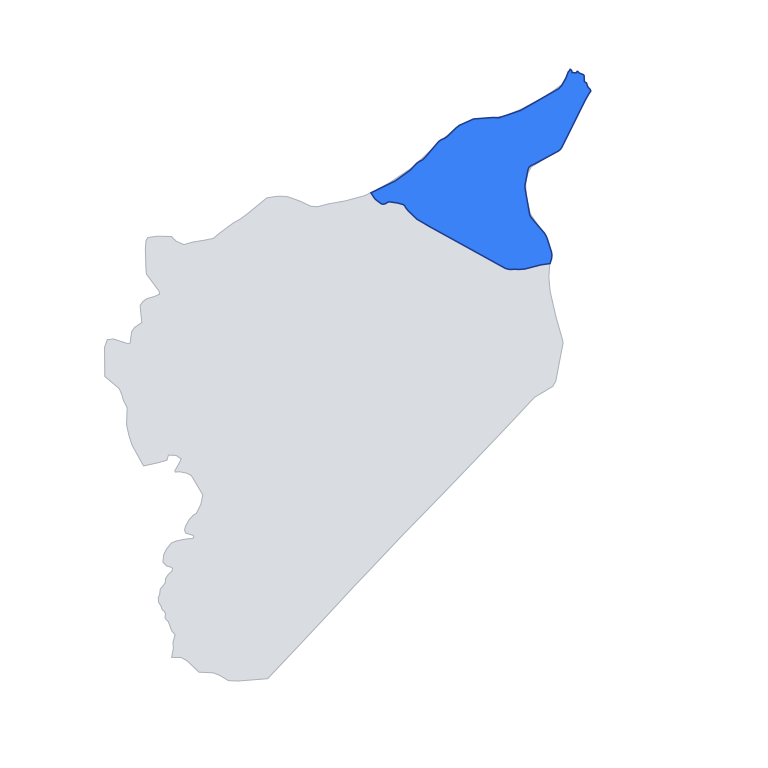 Hasaka (Al Haksa) highlighted on a map of Syria, rotated 344°
{"feature_id": "SYR-141", "entity_name": "Hasaka (Al Haksa)", "entity_type": "Province", "adm_level": 1, "iso_a3": "SYR", "parent_name": "Syria", "parent_adm1": "", "projection": "orthographic", "projection_center": [41.143, 36.439], "detail": "fine", "context": "in_parent", "style": "filled", "palette": "blue", "viewbox_px": 768, "rotation_deg": 344, "n_neighbors": 0, "source": "natural_earth", "source_scale": "10m", "svg_char_len": 3617}
<svg xmlns="http://www.w3.org/2000/svg" viewBox="0 0 768 768"><g transform="rotate(344 384 384)"><path d="M130.2,265.1L136.3,266.1L149.1,274.8L151.2,274.7L155.8,264.3L159.8,260.9L168.1,258.2L171.2,241.3L175.1,238.2L179.8,236.6L186.8,236.6L192.9,235.9L193.4,232.9L185.9,212.8L186.9,207.8L191.9,188.1L194.8,180.5L197.4,178.1L207.0,179.5L220.3,183.6L223.6,189.5L229.9,194.8L239.8,194.9L251.2,196.3L260.1,197.0L267.4,193.7L283.7,187.6L291.7,185.7L299.0,183.0L322.6,172.8L331.9,173.9L338.2,175.5L343.0,177.4L353.8,185.2L362.6,192.9L368.9,195.3L380.3,195.5L396.8,197.3L417.1,197.6L429.0,195.7L444.1,192.2L471.2,183.6L506.7,165.3L527.6,156.4L536.5,155.4L548.2,155.3L559.8,157.7L573.0,159.4L579.1,159.2L593.4,157.3L611.9,153.4L623.6,150.3L637.6,145.1L646.2,136.6L649.1,135.7L652.7,137.2L654.4,137.7L658.1,142.5L662.0,154.8L662.0,156.1L661.3,159.7L652.3,169.9L639.9,183.8L631.0,192.6L616.0,207.3L604.7,210.5L585.6,215.9L580.4,221.0L575.7,229.3L572.9,240.6L572.1,247.7L571.6,260.9L576.1,274.6L580.5,287.8L581.0,296.5L580.6,305.0L576.4,314.2L571.9,326.8L569.2,341.0L567.8,367.5L567.8,390.2L567.5,393.9L559.4,409.8L550.0,428.5L545.6,432.8L524.9,438.3L502.3,451.9L476.9,466.9L453.7,480.5L429.4,494.7L404.0,509.4L385.8,519.8L361.4,533.7L339.1,546.9L316.5,560.3L299.3,570.3L273.0,586.3L257.5,595.6L234.8,609.2L214.7,621.1L190.9,635.2L161.9,629.3L152.8,626.3L145.6,618.7L140.3,614.6L126.7,610.0L118.6,596.0L113.5,590.9L104.5,588.3L108.8,579.8L109.9,574.2L114.1,567.5L111.9,562.8L111.2,553.0L109.6,550.5L109.1,548.0L110.6,544.9L110.2,541.7L108.7,540.2L108.3,535.4L107.2,531.7L108.0,527.4L110.2,524.7L112.5,519.3L115.0,517.8L119.1,514.6L120.2,511.1L123.9,507.8L128.7,505.2L129.8,503.0L129.2,501.7L124.7,498.9L122.4,494.2L125.0,487.7L126.6,485.7L129.5,482.7L135.9,478.2L140.8,477.6L145.0,477.9L152.1,478.6L157.5,479.8L159.0,478.6L158.9,477.0L152.3,472.7L152.0,469.5L153.9,466.2L158.9,461.0L164.8,457.4L167.8,456.8L174.7,449.3L179.3,440.6L173.5,418.8L169.6,415.2L163.1,411.9L159.2,411.2L158.9,409.8L164.4,404.6L168.4,400.1L164.5,395.4L157.2,392.9L154.3,397.4L144.9,397.4L130.3,396.5L125.0,373.5L124.6,363.6L125.3,352.3L130.6,335.9L129.0,328.0L129.1,322.8L128.3,315.6L117.7,299.7L125.5,271.7L130.2,265.1Z" fill="#d9dde1" stroke="#a8b0b8" stroke-width="1"/><path d="M649.7,132.8L650.7,134.0L650.8,135.1L650.6,136.2L650.7,136.6L651.8,136.8L654.3,137.9L654.8,137.7L655.3,137.1L655.8,136.7L656.3,136.8L656.7,137.4L657.1,138.4L657.5,138.9L660.3,141.1L660.8,141.4L661.4,142.7L660.0,148.4L660.9,149.7L661.6,150.3L661.7,151.7L661.8,154.6L662.4,155.8L663.0,156.8L663.5,158.0L663.5,159.5L661.0,161.5L655.9,166.5L647.5,175.6L631.4,193.3L620.5,205.2L618.3,207.1L616.1,208.1L590.7,213.7L585.4,214.6L583.0,215.7L581.3,218.0L574.1,232.2L573.5,235.0L570.8,260.5L570.8,262.2L571.2,264.0L573.3,269.0L579.7,282.9L580.6,286.2L581.0,289.5L581.4,303.5L580.9,306.7L579.6,309.8L576.8,314.0L567.5,312.7L551.2,312.3L544.9,311.0L541.9,309.9L536.8,308.7L535.3,308.0L532.6,306.4L471.2,245.3L461.1,234.7L455.1,224.4L453.4,220.4L453.2,219.1L453.2,218.7L453.0,218.3L452.5,217.5L451.6,216.6L446.6,213.6L439.1,210.3L438.7,210.3L438.3,210.2L437.9,210.3L437.6,210.3L436.3,210.8L435.6,211.0L434.1,211.1L433.2,211.1L432.4,210.8L431.7,210.5L430.6,209.5L426.6,204.1L425.9,202.4L424.1,196.6L450.6,191.9L468.2,185.6L476.3,180.8L479.3,179.8L482.4,179.3L485.4,177.8L491.3,174.0L502.1,166.8L503.8,165.8L505.5,165.2L507.3,164.8L509.1,164.7L512.9,163.6L523.8,157.7L527.8,156.1L543.1,153.9L562.5,157.9L566.1,159.3L567.9,159.8L590.5,158.7L624.3,150.5L633.5,148.2L637.0,146.1L643.1,140.2L647.1,134.8L648.3,134.1L649.7,132.8Z" fill="#3b82f6" stroke="#1e3a8a" stroke-width="1.5"/></g></svg>